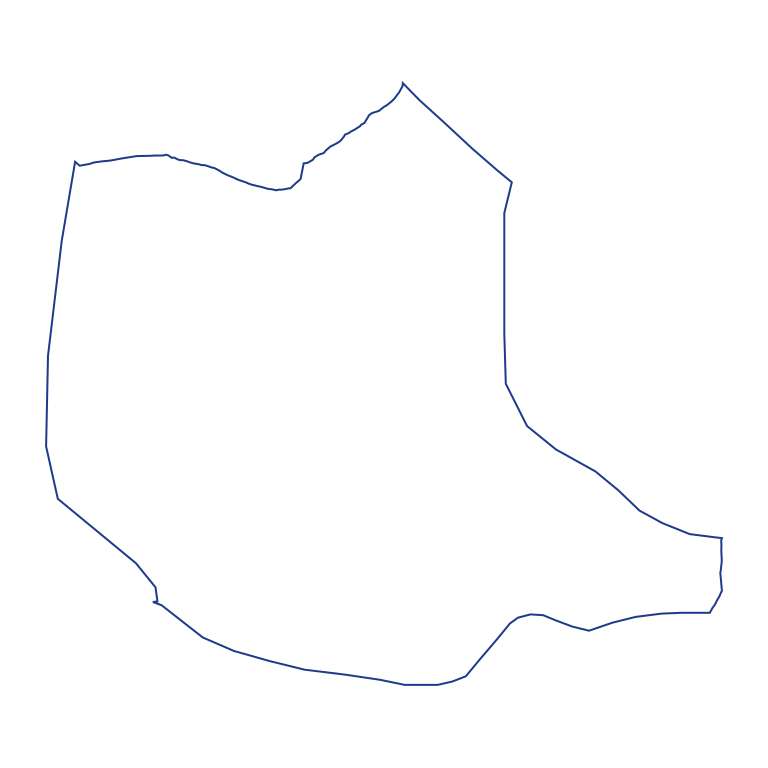 the district of Grande Riviere/Morne Serpent, Gros Islet, Saint Lucia
{"feature_id": "8701671B88709297193728", "entity_name": "Grande Riviere/Morne Serpent", "entity_type": "district", "adm_level": 2, "iso_a3": "LCA", "parent_name": "Saint Lucia", "parent_adm1": "Gros Islet", "projection": "orthographic", "projection_center": [-60.96, 14.036], "detail": "fine", "context": "isolated", "style": "outline", "palette": "blue", "viewbox_px": 768, "rotation_deg": 0, "n_neighbors": 0, "source": "geoboundaries", "source_scale": "gbopen_adm2", "svg_char_len": 2677}
<svg xmlns="http://www.w3.org/2000/svg" viewBox="0 0 768 768"><path d="M303.7,163.3L302.8,167.9L300.5,179.1L299.4,180.1L297.9,181.4L295.9,183.1L292.8,186.0L292.2,186.6L290.6,188.2L288.1,188.5L286.7,188.8L284.8,189.2L282.6,189.5L280.9,189.7L278.7,189.7L276.0,190.3L272.9,189.5L270.3,189.1L269.1,189.0L266.6,188.5L263.5,187.5L260.3,186.7L257.1,186.0L256.3,185.8L252.6,184.9L250.6,184.3L249.4,183.9L248.1,183.4L246.2,182.5L245.4,182.2L241.8,181.0L241.0,180.7L239.6,180.3L237.0,179.2L236.4,179.0L234.5,178.0L233.3,177.5L230.2,176.2L227.6,175.2L224.9,173.9L222.5,172.7L220.5,171.4L219.6,170.8L216.9,169.3L214.0,167.9L212.8,167.7L211.6,167.5L207.5,166.0L204.9,165.2L201.7,165.1L198.7,164.2L194.7,163.6L192.0,163.0L190.8,162.6L189.4,162.2L186.5,161.1L185.2,160.8L182.6,160.1L179.9,160.1L177.2,159.2L174.4,157.6L171.6,157.8L170.7,157.1L168.8,155.7L166.4,154.7L165.4,154.9L162.8,155.5L158.0,155.5L156.8,155.5L147.0,155.9L145.8,155.9L136.7,156.1L133.2,156.6L129.6,157.2L126.4,157.7L120.4,158.7L111.3,160.4L110.0,160.6L108.1,160.8L102.5,161.3L96.8,162.1L95.5,162.2L93.2,162.7L91.5,163.3L89.3,164.0L82.4,165.2L79.6,165.7L75.1,161.8L61.7,241.1L48.0,355.8L46.1,446.4L57.8,498.8L135.9,563.2L155.5,587.3L157.3,600.4L157.4,601.4L152.9,602.0L161.7,605.3L202.8,637.5L234.0,651.0L270.1,661.2L304.6,669.7L345.6,674.7L380.1,679.8L404.8,684.9L437.6,684.9L452.4,681.5L465.8,676.3L480.0,659.2L497.4,638.8L510.0,623.4L513.1,621.2L517.9,617.7L530.5,614.4L543.2,615.2L555.0,620.1L572.4,626.6L589.0,630.7L612.7,622.6L635.6,616.9L661.6,613.6L681.4,612.8L699.6,612.8L709.0,612.8L709.8,612.8L710.6,611.4L712.6,607.7L714.7,605.0L716.0,602.4L716.9,600.6L719.4,596.3L720.5,593.7L721.9,590.8L720.3,572.5L720.7,571.0L721.0,568.0L721.7,562.1L721.7,558.0L721.5,554.6L721.3,550.8L721.4,547.0L721.4,543.9L721.2,541.2L721.4,539.7L721.9,538.1L714.0,537.2L689.7,534.1L662.3,523.1L639.5,510.6L618.3,490.3L595.5,471.5L556.0,449.5L527.1,426.1L505.8,383.8L504.3,333.7L504.3,302.3L504.3,274.1L504.3,213.1L511.8,182.3L497.1,170.2L471.8,148.2L442.6,121.1L419.3,100.0L402.8,83.1L402.5,86.4L401.5,88.0L399.1,92.4L396.2,96.2L394.4,98.7L392.0,101.0L391.2,101.7L389.3,103.3L386.4,105.5L385.7,105.9L384.2,106.7L381.3,109.0L380.1,110.0L379.1,110.8L376.8,111.6L374.8,112.2L372.2,113.0L369.9,114.6L368.9,115.4L367.9,117.3L364.3,123.1L361.3,124.6L360.0,126.2L356.4,128.5L354.4,129.8L350.6,131.7L348.9,133.0L348.2,133.3L344.9,134.7L344.3,135.9L343.9,136.6L340.9,140.4L339.0,141.9L336.2,143.6L333.5,145.0L331.2,146.1L330.5,146.5L328.2,148.4L325.8,150.5L324.4,152.3L323.4,153.2L320.1,154.2L317.8,155.2L315.5,156.7L314.3,157.4L313.1,159.6L309.4,161.8L307.7,162.8L305.6,163.2L303.7,163.3Z" fill="none" stroke="#1e3a8a" stroke-width="2"/></svg>